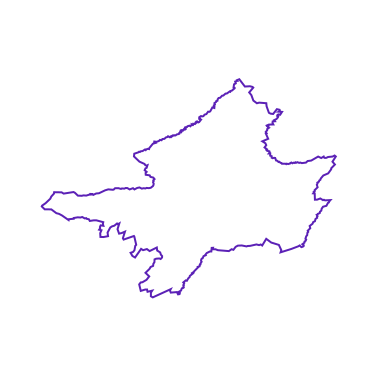 outline of Sabanas De San Angel, Magdalena, Colombia, rotated 253°
{"feature_id": "7082276B63741356680153", "entity_name": "Sabanas De San Angel", "entity_type": "district", "adm_level": 2, "iso_a3": "COL", "parent_name": "Colombia", "parent_adm1": "Magdalena", "projection": "equal_earth", "projection_center": [-74.238, 10.132], "detail": "fine", "context": "isolated", "style": "outline", "palette": "violet", "viewbox_px": 384, "rotation_deg": 253, "n_neighbors": 0, "source": "geoboundaries", "source_scale": "gbopen_adm2", "svg_char_len": 6107}
<svg xmlns="http://www.w3.org/2000/svg" viewBox="0 0 384 384"><g transform="rotate(253 192 192)"><path d="M232.1,60.1L230.8,59.5L228.8,56.1L227.0,54.5L224.1,48.7L222.8,44.7L222.1,44.1L218.5,46.1L216.5,52.4L211.4,56.1L210.0,58.4L207.6,60.8L201.2,65.8L202.0,66.2L201.0,71.1L201.7,71.3L201.2,75.3L200.2,77.9L200.2,79.7L198.1,81.7L197.9,83.2L197.2,83.4L196.1,85.4L194.2,85.8L193.7,89.4L192.9,92.2L189.1,98.3L187.5,97.4L185.6,97.4L186.8,94.9L185.4,93.7L184.2,93.6L183.1,92.2L181.9,94.2L179.5,92.2L175.8,91.3L174.8,94.2L174.3,98.8L177.9,99.4L181.9,103.4L182.5,105.4L182.5,107.9L183.8,111.1L182.8,111.6L183.2,113.3L178.2,109.9L173.5,110.1L173.3,112.7L173.7,116.3L168.0,112.4L166.5,112.7L166.9,123.6L166.3,123.8L157.8,123.2L157.1,122.0L153.1,119.9L151.9,118.1L151.8,115.5L148.3,116.3L146.0,118.4L152.5,126.7L150.7,128.2L150.6,132.2L147.9,134.2L149.2,142.1L146.2,141.6L143.5,143.9L141.2,143.9L139.5,144.7L138.1,144.2L137.1,142.4L138.0,141.3L138.7,138.2L138.5,136.5L135.8,135.5L134.7,134.1L132.7,133.2L132.4,130.5L130.9,128.9L128.3,123.9L123.8,126.4L121.3,122.8L120.2,118.2L120.5,116.5L119.1,114.5L112.4,114.1L112.4,118.7L111.9,120.5L109.6,120.3L109.3,125.1L107.8,123.3L104.3,122.2L102.7,123.7L105.3,143.2L104.2,142.1L102.0,142.3L100.7,148.3L98.2,148.7L98.0,150.2L99.0,150.9L99.7,150.1L100.4,150.2L101.0,152.8L102.3,153.6L103.1,154.8L102.8,155.3L103.1,156.2L105.2,156.4L105.4,157.0L106.0,156.9L107.1,157.9L108.1,157.3L109.3,160.2L108.6,161.1L110.7,163.4L111.2,164.7L112.4,165.4L113.6,168.5L114.4,168.2L114.8,169.4L114.4,169.9L115.5,170.8L118.2,175.8L118.7,175.7L118.7,177.5L119.7,177.9L120.1,178.7L120.5,178.5L122.5,180.8L123.5,180.5L124.9,181.2L125.5,182.0L125.5,182.8L127.3,184.3L127.5,186.4L127.9,186.2L129.3,188.2L129.9,191.7L129.5,193.1L132.8,194.5L132.5,195.8L131.2,195.0L130.4,197.7L128.8,199.7L124.7,210.0L125.7,213.1L124.6,214.7L126.8,217.7L127.3,220.2L126.3,224.0L124.0,228.3L124.1,229.4L123.5,231.8L123.0,238.3L121.6,240.6L121.7,242.4L120.3,243.5L125.5,249.3L120.5,253.0L116.0,259.6L110.3,260.4L108.4,259.1L108.5,270.4L109.0,277.8L109.4,279.3L107.3,280.5L107.3,281.9L107.6,282.9L108.4,283.3L109.8,282.3L110.7,284.8L111.7,285.1L112.1,286.4L113.2,287.3L114.1,286.8L116.3,288.3L117.0,289.5L119.2,290.4L119.9,291.5L121.1,291.3L122.8,294.5L125.1,294.6L126.4,298.0L127.8,299.1L128.1,301.0L130.1,302.2L130.7,304.1L131.7,304.2L132.1,304.9L133.7,304.6L133.7,305.5L134.3,305.9L134.5,308.0L135.7,308.6L136.4,310.2L138.1,311.1L139.6,313.0L139.5,316.5L141.8,318.8L142.0,319.8L142.8,320.4L143.8,322.0L145.1,316.8L146.0,315.9L145.9,314.9L148.3,312.8L148.1,309.3L148.7,307.3L154.7,308.9L155.2,307.7L155.7,308.5L156.4,308.3L157.0,309.7L157.9,309.8L159.8,313.5L162.5,313.5L163.5,314.6L164.3,314.6L164.8,316.4L165.8,317.1L166.1,318.3L167.2,319.0L169.4,322.4L170.0,327.7L173.0,331.7L174.0,332.1L176.5,336.7L179.9,335.2L183.9,339.9L185.2,339.0L184.8,336.8L185.7,332.3L185.4,330.5L185.7,329.1L186.3,328.4L187.4,328.3L186.7,325.5L189.0,323.0L187.2,315.2L187.8,311.6L186.8,309.6L187.5,305.5L188.5,304.1L188.5,303.0L189.7,301.5L189.5,300.0L190.1,299.7L189.8,298.6L190.3,298.1L190.1,296.4L191.1,295.7L191.0,294.6L190.6,294.3L190.6,292.2L191.4,290.8L191.1,290.2L191.7,289.6L192.8,286.2L193.5,286.1L194.0,285.2L195.4,284.3L195.4,283.5L196.9,282.7L197.6,281.6L200.2,281.5L200.7,280.5L200.7,279.1L201.5,278.2L202.9,278.7L203.9,277.4L206.0,278.1L206.4,276.8L207.2,277.9L208.3,277.9L209.4,275.9L210.5,275.4L210.9,276.2L213.4,274.4L215.1,276.7L217.2,276.4L219.9,274.1L220.6,280.4L226.3,279.7L226.3,280.5L227.9,280.1L229.0,281.9L230.2,282.3L230.9,284.3L231.5,283.7L232.3,284.2L232.9,283.0L233.7,282.8L234.0,285.2L232.8,289.5L234.6,289.2L235.9,289.8L235.4,292.0L236.7,291.6L237.1,294.1L238.2,295.9L239.1,296.6L239.9,295.7L240.8,296.4L240.9,297.6L240.1,298.9L242.3,301.5L243.4,298.6L243.6,299.8L245.0,299.8L246.4,297.4L242.9,292.4L244.0,290.0L245.3,288.7L252.2,288.4L255.2,289.0L257.8,282.4L257.9,280.0L261.5,277.4L267.3,277.1L270.5,275.8L273.9,281.1L274.8,280.6L276.2,278.3L277.4,273.4L286.0,270.2L285.8,267.7L285.1,267.8L285.4,267.1L284.8,266.4L284.9,265.6L283.1,265.6L282.7,263.7L279.8,262.3L279.2,263.2L278.7,263.1L277.3,259.8L277.3,258.3L276.7,257.9L277.1,257.4L276.0,254.1L276.3,252.8L275.1,250.2L275.3,248.9L273.9,246.5L274.1,244.9L273.1,243.6L271.8,243.0L271.8,241.7L271.1,241.4L270.4,239.4L269.0,239.5L268.5,238.2L267.4,237.8L266.8,237.7L266.8,238.3L265.8,237.9L266.9,236.2L263.8,233.0L263.6,232.1L264.1,230.9L262.3,228.5L262.3,226.6L261.2,225.1L261.3,223.9L262.0,222.8L261.4,220.8L260.0,220.3L259.7,221.2L259.1,220.9L258.5,221.7L256.8,219.3L256.7,218.3L258.0,217.6L258.1,216.8L257.6,215.9L257.0,216.4L256.1,214.7L256.9,213.1L256.0,212.6L256.7,211.7L255.9,211.7L256.1,210.8L255.3,209.7L256.2,208.9L256.2,206.9L255.6,206.2L255.9,204.4L255.4,203.9L254.8,204.6L254.0,204.4L253.7,203.3L254.4,202.5L253.4,201.3L254.2,200.5L254.2,199.2L253.7,198.8L253.5,199.7L253.0,199.9L252.2,199.1L252.6,198.1L252.1,197.0L251.5,197.0L251.3,196.4L251.5,194.3L250.9,192.8L251.4,191.8L251.2,191.2L251.8,190.5L251.5,189.0L251.1,189.3L250.6,188.0L251.3,187.6L250.9,186.7L252.3,185.4L251.8,184.7L251.8,182.9L250.9,181.2L251.3,179.2L250.4,178.0L251.2,176.6L250.5,175.4L250.3,172.9L251.3,170.7L250.5,170.3L249.6,171.1L249.6,168.7L246.4,163.9L245.6,163.5L246.2,162.4L246.1,160.7L245.6,160.0L246.4,159.5L245.6,156.7L245.9,154.9L245.5,153.9L246.0,153.2L245.6,152.3L245.5,148.0L243.0,146.9L236.4,150.6L232.7,154.8L231.3,155.2L230.5,156.2L230.6,157.2L228.4,155.7L228.2,154.4L226.7,153.1L224.5,154.5L223.8,153.2L222.0,152.8L220.3,156.4L218.6,156.7L217.1,159.2L215.4,159.9L215.2,159.1L214.2,158.3L213.7,158.6L212.8,157.6L211.1,157.8L209.8,157.1L209.1,156.4L208.1,153.8L208.3,151.9L209.2,149.7L209.0,148.6L209.8,146.7L209.9,145.0L211.7,143.1L211.9,140.7L211.3,137.7L212.9,136.7L212.7,133.1L214.7,131.3L215.2,129.7L215.0,128.3L215.9,126.0L215.7,125.0L217.2,122.7L218.1,119.5L217.2,117.8L217.3,116.9L219.0,112.7L219.0,109.4L218.0,102.6L218.6,99.9L218.1,96.7L218.8,96.2L219.0,95.2L219.4,95.6L219.9,94.1L219.5,93.9L219.5,89.8L220.5,87.2L220.6,85.5L221.9,81.8L225.5,79.8L226.6,78.7L228.0,68.8L229.8,67.2L232.1,60.1Z" fill="none" stroke="#5b21b6" stroke-width="2"/></g></svg>